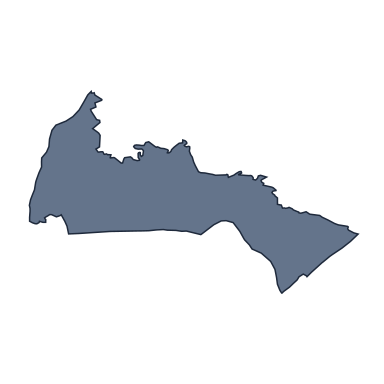 outline of Gboe-Ploe, Grand Gedeh, Liberia, rotated 87°
{"feature_id": "62588387B47381315935072", "entity_name": "Gboe-Ploe", "entity_type": "district", "adm_level": 2, "iso_a3": "LBR", "parent_name": "Liberia", "parent_adm1": "Grand Gedeh", "projection": "equal_earth", "projection_center": [-8.826, 6.021], "detail": "fine", "context": "isolated", "style": "filled", "palette": "slate", "viewbox_px": 384, "rotation_deg": 87, "n_neighbors": 0, "source": "geoboundaries", "source_scale": "gbopen_adm2", "svg_char_len": 4207}
<svg xmlns="http://www.w3.org/2000/svg" viewBox="0 0 384 384"><g transform="rotate(87 192 192)"><path d="M242.7,28.3L241.3,32.5L238.6,37.1L238.2,37.7L237.2,38.3L236.5,38.4L236.1,38.2L235.5,37.9L234.9,37.9L234.5,38.4L234.2,39.7L233.9,41.0L232.5,47.6L230.9,51.3L227.1,57.6L225.6,60.4L225.2,61.1L224.1,63.2L222.1,65.7L220.3,75.6L220.1,75.9L219.0,77.3L218.0,78.7L217.7,79.1L218.4,82.1L218.9,84.5L218.3,86.4L217.6,86.5L217.1,87.8L215.2,91.7L214.0,92.8L212.4,95.9L212.8,96.8L212.9,97.1L213.2,99.3L213.2,99.6L212.8,100.3L212.8,102.5L209.7,103.5L209.4,105.0L208.8,107.3L202.4,107.0L201.0,108.5L200.3,109.3L199.4,109.6L198.0,111.4L197.1,112.0L196.6,112.2L195.4,111.1L195.2,110.1L195.0,108.1L194.6,108.0L192.1,110.6L191.4,111.9L191.3,112.1L188.9,120.6L187.9,120.2L187.1,119.9L186.0,121.7L184.7,122.3L184.3,122.5L183.6,122.1L182.7,120.3L181.5,117.8L181.0,116.8L178.9,122.7L179.0,123.0L179.4,124.9L181.8,125.9L183.2,127.6L183.4,127.9L182.6,130.3L182.4,130.2L180.8,130.2L179.0,131.5L178.6,132.5L178.6,134.4L178.2,137.9L177.3,144.4L176.9,144.5L175.7,141.5L175.3,141.5L174.1,141.9L174.0,142.0L174.2,143.8L175.8,146.9L177.3,149.2L179.3,154.9L178.8,155.0L176.8,155.3L176.6,155.4L176.2,156.3L176.6,156.9L176.7,157.1L176.5,167.7L175.5,170.5L174.9,173.2L173.7,178.0L173.2,182.3L172.4,183.8L172.2,184.3L172.0,184.5L167.2,186.7L165.7,187.4L163.3,188.3L162.4,188.7L160.3,189.2L158.5,189.6L157.2,189.9L155.7,190.8L154.4,191.5L154.0,191.6L151.1,192.5L148.0,191.9L146.6,192.0L146.2,193.0L146.5,194.6L146.6,195.2L145.7,196.9L145.0,197.3L144.3,196.4L143.4,194.7L142.2,194.7L141.2,195.4L140.4,196.3L139.6,198.5L142.4,198.8L142.6,201.3L142.6,202.2L144.2,204.6L146.2,207.4L146.7,208.0L148.7,210.2L149.8,210.6L150.8,211.5L151.7,212.9L151.7,213.1L151.7,214.1L151.5,214.6L150.9,214.2L149.5,213.5L148.6,214.0L148.1,215.2L147.2,217.6L146.7,220.9L145.4,223.4L145.1,224.4L145.5,224.9L145.0,226.1L144.2,227.1L142.6,229.0L139.6,232.6L140.2,235.6L141.5,236.5L143.0,237.5L142.9,240.1L142.8,240.5L142.4,242.5L142.1,245.1L142.4,246.9L143.4,247.8L143.7,247.9L145.6,246.4L146.4,243.5L146.4,240.1L146.9,239.3L148.3,238.3L152.9,239.2L153.8,240.7L152.3,241.7L152.2,241.7L150.0,241.6L149.7,242.0L150.0,243.3L150.7,243.8L154.8,243.9L156.8,242.6L157.6,242.8L157.6,243.2L157.8,245.1L156.5,249.0L154.8,250.2L153.7,251.6L154.2,257.4L155.4,258.3L159.4,259.8L159.4,260.0L159.4,261.2L153.8,267.5L153.5,268.2L153.5,268.3L153.7,271.7L153.5,271.9L152.2,271.5L150.6,271.0L150.3,273.6L150.4,274.1L149.5,275.4L149.7,276.7L149.8,277.5L149.3,278.1L149.2,278.1L147.4,278.8L147.1,279.3L147.1,281.5L147.3,283.0L147.1,283.8L145.8,284.6L144.1,285.7L142.4,282.5L142.1,282.0L141.0,281.9L133.6,281.1L130.6,280.8L128.3,282.1L126.9,283.7L123.5,287.9L117.8,280.3L115.6,280.5L115.1,282.3L114.7,283.5L106.1,288.4L104.1,289.0L102.1,283.5L101.9,283.5L98.0,284.3L97.4,282.5L95.7,277.4L95.2,277.3L94.9,277.2L90.1,283.9L87.8,284.5L88.0,285.0L87.9,287.3L87.2,287.3L86.3,287.4L88.0,289.3L89.6,291.0L96.1,295.1L104.2,300.4L110.5,307.0L114.6,314.1L118.1,324.4L123.0,328.6L131.6,331.5L139.2,332.5L144.6,335.2L150.1,340.3L154.0,340.7L159.2,340.9L164.8,343.8L170.7,346.3L172.7,347.1L174.2,347.6L181.6,349.2L186.5,351.5L191.2,353.6L196.8,355.1L199.8,354.6L202.6,354.7L208.7,355.5L212.7,355.7L214.4,352.9L215.5,350.2L215.6,348.5L214.5,346.3L213.3,345.9L214.5,342.4L214.6,339.7L211.9,339.5L210.9,340.3L210.1,340.6L209.1,339.0L208.4,337.5L207.1,335.2L207.3,333.3L208.5,331.0L209.7,328.7L209.1,326.5L208.6,324.8L207.9,323.8L212.8,321.4L213.5,321.1L214.4,320.6L219.6,318.6L227.4,317.4L227.5,307.4L227.1,275.9L227.3,270.1L228.1,246.5L228.2,244.3L228.4,237.1L228.0,229.4L228.0,224.8L228.0,222.5L228.8,218.7L229.5,210.0L230.7,204.3L230.7,199.7L235.0,185.4L234.1,184.0L225.8,171.9L222.4,164.3L222.4,160.6L222.4,159.4L224.7,152.5L233.8,146.3L240.4,143.1L242.5,142.0L247.9,137.4L248.8,136.9L251.1,135.6L252.1,135.0L256.7,126.0L260.4,122.2L265.4,117.1L266.2,116.7L273.6,113.2L280.6,112.2L282.2,112.0L288.6,111.5L294.7,109.4L297.4,107.9L297.7,107.5L295.9,105.4L292.1,99.6L288.7,95.7L285.3,91.6L282.3,89.6L279.8,85.2L281.7,82.1L282.6,81.6L278.3,76.8L277.1,75.3L269.5,66.0L269.0,65.2L265.3,60.2L263.5,57.8L261.9,55.3L255.9,45.2L249.6,36.3L242.7,28.3Z" fill="#64748b" stroke="#1e293b" stroke-width="1.5"/></g></svg>